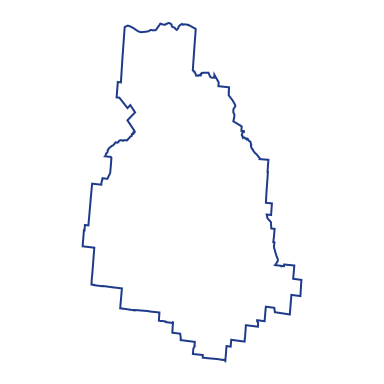 outline of Flinders (Qld), Queensland, Australia
{"feature_id": "25037944B81088097646541", "entity_name": "Flinders (Qld)", "entity_type": "district", "adm_level": 2, "iso_a3": "AUS", "parent_name": "Australia", "parent_adm1": "Queensland", "projection": "equal_earth", "projection_center": [144.245, -20.889], "detail": "fine", "context": "isolated", "style": "outline", "palette": "blue", "viewbox_px": 384, "rotation_deg": 0, "n_neighbors": 0, "source": "geoboundaries", "source_scale": "gbopen_adm2", "svg_char_len": 5660}
<svg xmlns="http://www.w3.org/2000/svg" viewBox="0 0 384 384"><path d="M300.4,296.1L301.4,279.9L293.2,278.8L294.3,265.5L284.2,264.5L284.0,266.2L282.0,266.0L281.9,266.0L281.7,266.1L281.5,266.3L281.2,266.3L280.9,265.8L275.1,265.1L276.3,263.5L277.8,260.9L277.8,259.5L277.7,258.7L276.8,256.9L275.6,253.1L275.1,251.4L275.1,251.1L274.7,250.0L273.9,246.8L274.5,242.4L274.0,241.9L273.3,242.0L273.9,237.2L274.6,228.9L271.3,228.5L270.9,222.1L267.5,218.3L266.7,214.5L271.1,215.0L271.9,203.4L265.9,202.8L266.4,193.5L267.9,172.4L267.6,172.5L267.5,172.0L268.4,159.8L259.6,159.1L259.7,158.6L259.6,158.0L258.3,156.6L257.8,155.8L256.4,154.1L255.0,153.1L254.4,152.2L253.8,151.5L253.1,150.4L252.9,149.6L252.3,149.2L251.3,147.4L251.0,146.6L251.0,146.4L251.0,146.0L250.9,145.7L251.1,145.0L251.3,144.8L251.2,144.5L250.9,144.1L250.8,143.9L250.8,143.6L250.7,142.9L250.7,142.5L250.5,142.1L250.2,141.7L249.9,141.4L249.7,141.2L249.4,141.2L249.2,141.1L249.0,140.8L248.9,140.6L248.5,140.3L248.3,140.2L248.1,140.0L247.9,139.8L247.9,139.2L247.8,138.8L247.6,138.7L247.3,138.7L246.8,138.5L246.7,138.6L246.5,138.9L246.4,139.1L246.2,138.9L245.8,138.7L245.6,138.7L245.4,138.6L245.4,138.4L245.2,138.1L244.8,137.9L244.6,137.6L244.4,137.5L244.1,137.4L243.8,137.4L243.2,137.7L243.0,137.9L242.8,137.5L242.7,137.2L242.6,136.9L242.6,136.2L242.5,135.9L242.3,135.8L242.1,135.8L241.9,135.6L241.8,135.4L241.8,134.8L241.9,134.6L242.0,133.9L242.2,133.5L242.2,133.2L242.4,132.9L242.7,132.6L242.9,132.1L243.2,131.9L243.4,131.8L243.5,131.7L244.0,131.8L244.0,131.5L243.9,131.1L241.4,130.9L241.7,126.4L233.3,121.3L233.3,120.9L233.6,120.2L233.8,119.3L233.8,119.0L233.9,118.8L233.9,118.3L234.1,118.0L234.1,117.3L234.4,116.6L234.4,116.3L234.4,115.4L234.3,115.0L234.3,114.5L234.3,114.3L234.3,114.2L233.4,112.6L233.3,112.3L233.4,111.9L233.3,111.4L233.4,110.9L233.3,110.6L233.3,110.2L233.7,108.6L233.9,108.4L234.2,107.9L235.3,106.2L235.2,105.0L232.6,100.4L228.7,95.3L228.9,92.2L228.7,92.1L229.1,87.3L218.4,86.2L218.7,82.4L214.4,74.8L214.3,77.7L211.5,77.6L210.4,77.1L208.4,72.7L202.0,72.8L201.4,74.0L200.8,73.9L200.7,75.5L199.3,75.4L199.1,75.2L198.9,75.1L198.3,75.3L198.1,75.7L196.2,75.7L195.8,74.9L195.7,74.2L195.5,73.6L195.2,73.1L195.0,72.4L194.2,71.9L194.2,71.3L193.4,71.0L193.0,70.4L192.8,70.3L193.8,55.8L195.1,37.2L195.4,34.2L195.4,33.7L195.7,28.9L189.0,25.2L189.0,25.4L186.7,24.6L185.6,24.4L184.5,24.4L183.1,24.7L182.7,24.2L182.3,24.0L182.2,24.2L181.7,24.4L181.1,24.4L180.4,24.9L180.1,25.3L179.4,25.6L178.7,26.7L177.9,28.6L177.2,29.5L176.7,29.9L176.0,29.4L175.3,28.7L174.8,27.9L173.9,27.4L172.9,27.1L172.2,26.7L171.7,26.0L171.6,25.3L171.5,24.4L170.8,24.0L170.0,23.3L169.1,23.1L168.3,23.0L167.6,23.4L166.9,23.8L166.2,23.8L165.8,24.4L164.9,24.8L164.2,24.7L163.5,24.7L163.0,24.5L162.8,24.4L162.2,24.3L161.9,24.2L160.8,23.7L160.4,23.6L160.2,23.7L159.9,24.3L159.7,24.8L159.3,25.3L157.8,27.2L157.1,28.2L156.4,29.4L156.0,29.8L155.4,30.2L155.1,30.3L153.9,30.2L153.4,30.3L152.8,30.4L152.4,30.3L151.9,30.1L151.3,30.0L150.8,30.0L150.0,30.3L149.6,30.5L149.1,31.0L148.6,31.2L147.9,31.4L145.1,31.8L140.9,32.2L138.3,31.4L135.7,29.7L133.6,28.2L131.4,27.0L129.6,26.2L127.8,25.6L124.7,27.1L122.5,57.3L120.9,82.4L117.8,82.0L116.6,97.4L119.4,97.7L127.5,108.1L130.3,105.1L135.1,112.4L127.4,120.3L134.4,130.8L134.5,131.1L134.7,131.7L134.7,131.9L134.7,132.1L134.6,132.3L134.4,132.5L134.2,132.5L133.8,132.2L133.6,132.1L133.3,132.3L133.3,132.5L133.4,132.8L133.6,133.2L133.6,133.4L133.6,133.5L133.4,133.8L133.1,134.0L132.8,134.0L132.4,133.8L132.1,133.9L132.0,134.0L131.9,134.2L131.8,134.5L131.9,135.4L131.8,135.6L131.7,135.9L131.3,136.2L130.2,136.6L130.0,137.0L129.2,138.1L128.7,138.5L128.4,138.8L128.0,139.2L127.9,139.5L127.6,139.6L127.4,139.8L127.2,140.2L126.9,140.4L126.7,140.5L126.1,140.4L124.6,140.1L124.0,140.2L123.4,140.6L123.1,140.8L122.4,140.6L121.8,140.2L121.6,140.1L121.2,140.2L120.9,140.3L120.6,140.3L119.8,140.5L119.2,140.8L118.8,141.1L118.6,141.4L118.4,142.1L118.3,142.3L118.0,142.5L117.7,142.6L117.0,142.7L116.8,142.7L116.5,142.4L116.1,142.3L115.9,142.3L115.4,142.5L114.8,143.3L114.5,143.9L114.4,144.1L113.7,144.6L112.8,145.6L112.5,145.7L111.8,145.9L111.6,146.0L111.2,146.4L110.9,146.7L110.6,147.0L109.8,147.4L109.4,147.9L108.9,148.3L108.6,148.7L108.5,149.5L108.2,149.7L107.7,150.1L107.6,150.3L107.6,150.7L107.6,150.8L107.7,151.2L107.7,151.3L107.7,151.6L107.6,151.9L107.5,152.1L107.1,152.8L106.8,152.9L106.1,153.6L105.9,154.0L105.8,154.3L105.8,154.6L105.7,154.9L105.6,155.2L105.5,155.9L105.3,156.2L105.2,156.3L110.7,156.9L111.4,157.8L110.9,164.8L110.2,172.9L107.4,178.8L102.5,178.2L102.4,179.5L102.3,179.9L102.2,179.9L102.1,180.2L101.4,182.9L101.3,184.7L92.4,183.7L92.1,183.7L90.9,196.9L88.4,225.4L84.9,225.0L84.5,230.4L83.9,230.3L83.5,235.7L82.6,246.3L94.3,247.7L92.5,271.2L91.7,280.2L91.5,284.6L94.2,284.9L94.2,285.2L102.8,286.3L103.0,286.0L110.6,287.0L110.8,287.0L111.0,287.1L121.9,288.4L121.2,296.5L120.2,308.3L121.7,308.5L122.1,308.4L122.3,308.6L127.6,309.3L134.5,310.4L134.5,310.0L148.5,311.1L149.0,311.4L159.4,312.5L158.9,320.6L160.7,321.1L161.7,321.0L164.0,321.2L165.8,321.6L165.8,322.1L172.7,323.0L172.9,322.3L173.1,322.4L173.0,323.1L172.9,323.1L172.6,328.3L172.3,332.7L180.2,333.7L180.8,338.2L180.7,340.1L194.8,341.9L194.4,346.5L194.5,346.5L193.4,348.4L192.9,354.0L202.8,355.0L202.7,357.6L206.0,358.0L207.7,358.2L215.6,358.9L218.3,359.2L223.2,360.0L223.8,359.7L225.3,361.0L226.0,352.9L226.5,346.1L230.7,346.6L231.2,339.8L244.6,341.6L244.9,337.9L245.0,337.7L245.5,331.0L245.9,325.2L257.9,326.7L258.1,322.6L257.1,321.3L257.2,320.2L264.6,321.2L265.6,309.1L265.9,306.7L274.3,307.8L274.9,312.2L280.7,313.1L280.9,313.1L289.8,314.5L290.6,304.7L291.4,294.9L300.4,296.1Z" fill="none" stroke="#1e3a8a" stroke-width="2"/></svg>